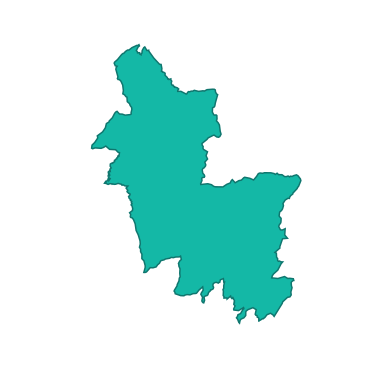 Tausa, Cundinamarca, Colombia (Natural Earth projection), rotated 41°
{"feature_id": "7082276B61281192439607", "entity_name": "Tausa", "entity_type": "district", "adm_level": 2, "iso_a3": "COL", "parent_name": "Colombia", "parent_adm1": "Cundinamarca", "projection": "natural_earth1", "projection_center": [-73.979, 5.193], "detail": "fine", "context": "isolated", "style": "filled", "palette": "teal", "viewbox_px": 384, "rotation_deg": 41, "n_neighbors": 0, "source": "geoboundaries", "source_scale": "gbopen_adm2", "svg_char_len": 6080}
<svg xmlns="http://www.w3.org/2000/svg" viewBox="0 0 384 384"><g transform="rotate(41 192 192)"><path d="M327.0,245.5L327.3,245.1L327.0,244.5L327.6,244.0L328.4,241.2L328.9,241.0L329.3,238.8L329.1,235.4L330.8,232.0L333.7,231.6L335.6,232.0L333.2,217.0L332.5,215.4L333.2,208.8L334.7,206.9L334.4,204.6L332.2,202.6L330.3,198.6L328.5,197.5L326.3,195.3L326.1,194.5L326.3,192.7L326.9,192.0L325.4,191.0L322.5,192.9L321.0,194.4L317.3,195.1L313.6,200.9L308.5,204.5L307.6,202.6L307.3,200.5L308.0,194.7L306.3,187.7L306.3,185.3L305.0,186.3L303.3,186.7L302.7,187.6L301.6,187.5L300.2,186.0L298.7,185.8L295.8,182.8L294.2,183.2L295.1,176.6L294.3,176.0L291.0,167.9L294.4,164.3L290.2,163.6L286.4,158.6L285.1,161.5L283.6,162.5L280.2,161.2L279.5,160.0L279.2,157.0L278.3,155.6L276.5,153.4L273.9,153.1L273.2,152.6L271.3,149.6L271.7,147.3L271.4,145.4L270.0,142.3L268.2,141.0L267.6,136.9L268.6,133.7L269.7,133.0L269.0,131.5L268.9,129.7L269.4,127.5L268.9,126.7L269.1,120.5L268.7,119.3L268.7,117.8L266.7,112.0L265.2,111.0L261.4,110.2L259.6,110.5L257.9,113.1L257.4,114.5L255.9,115.5L255.7,116.6L254.0,116.9L253.1,118.5L251.8,119.6L248.6,119.9L245.9,122.1L243.9,122.0L243.3,124.1L241.9,124.2L238.9,125.8L234.0,130.0L233.1,131.5L230.8,133.1L230.0,134.6L230.5,137.8L230.6,142.5L226.7,143.7L222.1,146.3L221.7,147.4L221.5,150.6L219.9,152.7L218.5,156.7L214.3,156.2L214.2,157.7L214.9,160.1L213.2,163.4L212.0,167.9L206.3,172.7L204.7,173.5L201.9,173.7L198.5,175.4L193.7,180.6L193.1,180.1L192.0,176.8L190.4,175.3L190.4,174.3L191.6,172.8L191.2,171.7L189.8,171.0L187.9,170.8L185.2,168.6L184.8,167.1L185.3,165.7L185.1,163.4L184.5,162.4L182.1,161.1L182.1,156.9L178.8,155.4L177.3,151.5L172.7,152.3L171.6,151.8L170.5,150.3L169.0,150.0L167.7,148.8L168.8,142.5L168.7,140.5L170.9,135.2L171.4,134.6L174.6,134.2L176.2,133.2L176.6,131.8L176.0,129.3L173.5,127.7L168.8,123.5L166.4,122.6L163.8,122.3L162.9,120.4L160.6,118.0L159.7,118.0L158.4,119.3L157.7,119.4L154.9,118.3L152.3,115.0L153.0,113.2L152.8,112.2L151.1,109.3L147.5,101.7L146.6,101.9L144.3,101.2L142.6,99.7L141.5,99.8L140.0,101.0L136.2,104.9L135.1,107.7L133.9,108.4L131.0,111.7L127.0,113.8L126.4,115.4L125.2,116.4L124.5,117.9L123.6,118.4L123.3,119.6L123.7,121.2L123.3,121.9L117.6,123.3L115.2,125.4L114.5,124.6L114.4,123.0L112.6,123.0L110.6,123.8L110.1,124.4L109.5,123.9L108.9,124.3L107.5,123.8L107.2,124.4L106.2,124.3L104.8,123.3L104.0,121.6L102.7,121.4L101.8,120.5L100.8,122.2L100.1,122.0L99.6,122.6L98.2,121.8L95.1,121.6L93.8,120.0L91.9,120.2L91.3,120.8L90.2,120.5L89.8,120.9L88.3,118.6L85.0,116.0L83.7,116.9L80.8,116.6L75.3,116.0L66.9,114.0L66.3,113.4L65.2,114.8L61.2,113.5L60.9,114.7L61.6,117.9L63.1,120.0L63.0,121.3L63.5,121.8L62.2,122.2L61.1,121.2L59.6,122.7L59.0,122.1L57.2,121.8L56.2,117.8L56.5,116.2L55.3,115.6L55.0,116.9L54.2,117.5L52.0,122.4L51.3,126.1L50.2,127.2L49.6,129.5L49.5,132.2L49.0,132.8L48.7,134.3L48.9,140.9L48.4,144.7L48.7,145.8L51.3,147.1L53.0,146.2L53.2,148.0L54.1,149.4L60.6,153.7L61.3,155.4L62.5,155.6L63.3,154.8L65.7,155.0L69.6,156.8L73.7,160.5L75.4,163.3L77.3,162.9L79.6,163.4L80.7,163.1L83.9,166.3L86.9,166.3L88.6,167.3L90.9,167.8L92.4,169.1L93.9,172.0L94.9,172.9L94.6,174.1L91.1,177.9L88.4,178.9L86.1,180.7L82.5,180.3L82.0,181.6L82.0,183.3L83.2,188.2L82.9,192.6L83.4,193.6L82.5,196.5L84.5,200.4L85.1,205.3L83.7,211.8L85.0,212.6L85.5,213.5L86.1,218.5L85.8,222.2L87.5,224.8L88.7,224.5L89.8,222.4L94.7,218.7L96.0,216.4L96.8,213.9L101.8,213.9L106.6,210.2L110.1,210.5L111.5,209.9L112.8,212.1L112.6,212.9L113.1,213.0L112.6,213.7L113.1,214.0L112.9,215.5L113.5,216.2L113.0,216.9L113.1,217.9L112.7,219.0L113.7,219.9L113.0,221.9L113.3,222.4L112.4,223.0L112.0,224.5L113.3,226.2L115.2,226.9L115.1,228.6L116.7,230.0L115.8,230.2L115.7,231.9L117.0,232.0L116.7,232.7L117.5,233.3L117.9,234.3L118.4,233.0L118.9,233.2L118.9,234.3L119.9,236.7L120.8,235.7L121.5,235.6L121.7,237.7L121.2,237.2L120.7,237.5L120.4,239.0L120.7,240.5L119.9,240.6L120.2,242.8L121.4,242.0L123.7,241.3L124.6,239.5L126.0,238.5L126.6,238.6L126.9,237.8L128.1,237.4L129.2,236.3L130.6,234.0L133.8,232.4L134.7,232.8L135.5,231.7L137.4,231.4L139.7,229.6L139.7,232.3L142.4,232.8L142.6,234.2L143.3,234.5L144.1,234.3L145.0,234.7L145.5,234.2L146.7,234.2L147.3,235.8L147.0,236.9L148.8,238.0L151.0,238.1L151.1,238.8L152.8,238.7L153.3,240.0L154.5,240.2L154.5,241.7L156.0,241.9L158.2,243.5L159.2,245.1L158.5,248.6L160.4,249.1L161.7,251.2L162.5,251.4L163.7,250.8L165.9,251.2L170.0,253.3L175.1,257.7L179.5,259.6L184.9,263.0L187.1,265.2L188.6,268.2L190.6,268.8L192.4,270.8L195.0,271.8L197.9,275.2L200.9,275.5L205.0,278.3L206.2,279.7L208.4,284.3L209.4,283.5L210.1,282.2L210.1,276.5L212.3,274.8L214.1,272.0L213.8,269.6L214.2,267.1L213.6,264.7L213.8,263.9L215.5,261.4L215.9,260.0L218.6,256.7L219.2,255.0L221.0,253.8L222.3,251.8L225.0,249.3L225.4,247.9L228.2,249.9L228.0,252.3L228.7,254.9L230.1,255.7L230.5,256.4L233.4,257.9L236.1,261.4L238.7,263.8L238.9,265.3L240.5,267.7L241.5,271.4L242.3,272.7L243.2,277.9L243.6,278.6L244.8,278.8L246.1,279.8L251.5,277.6L254.0,275.6L254.3,274.5L255.5,272.7L258.0,270.9L259.4,268.1L261.5,266.0L261.8,265.3L261.6,261.4L262.3,256.6L264.8,258.7L265.3,262.2L265.8,263.4L269.0,264.5L270.8,267.6L271.5,268.1L273.0,268.3L273.6,268.0L272.6,265.5L270.0,263.4L270.3,261.5L271.2,260.5L271.4,259.2L270.4,256.8L270.7,254.9L270.3,253.6L270.8,253.3L271.5,251.1L270.8,249.7L269.6,249.3L268.5,248.0L268.2,247.1L268.6,245.5L269.6,244.2L271.6,243.5L271.6,242.6L272.2,242.0L271.0,239.6L272.5,236.8L275.3,239.3L275.7,238.7L277.4,241.9L279.1,243.8L279.4,245.3L280.9,246.4L283.5,249.7L284.7,249.9L285.7,251.1L287.7,249.2L288.2,249.1L288.7,249.7L289.4,245.2L290.6,246.0L292.1,246.2L292.1,244.9L295.6,246.3L296.0,247.6L296.8,247.8L296.9,248.9L297.3,249.4L299.2,249.7L300.2,253.0L301.0,253.6L304.9,251.0L306.6,245.8L306.7,245.4L307.3,245.7L307.7,246.1L307.5,247.3L308.4,251.9L307.2,254.5L308.0,256.3L308.1,257.8L309.9,258.1L312.9,259.7L313.9,259.8L312.5,257.3L312.4,255.7L313.7,252.9L313.6,250.0L311.2,247.1L311.0,246.3L311.4,244.1L313.9,239.3L317.7,238.7L319.9,242.8L321.0,243.1L322.1,242.6L323.5,243.7L324.2,243.3L325.3,243.5L327.0,245.5Z" fill="#14b8a6" stroke="#0f766e" stroke-width="1.5"/></g></svg>